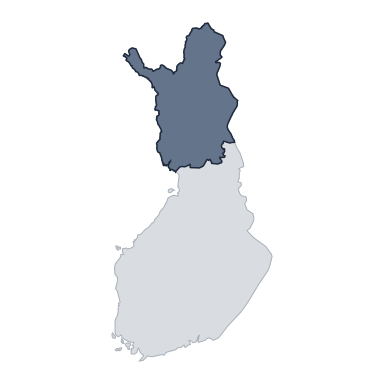 Finland, with Lapland highlighted
{"feature_id": "FIN-3176", "entity_name": "Lapland", "entity_type": "Province", "adm_level": 1, "iso_a3": "FIN", "parent_name": "Finland", "parent_adm1": "", "projection": "orthographic", "projection_center": [25.412, 67.834], "detail": "fine", "context": "in_parent", "style": "filled", "palette": "slate", "viewbox_px": 384, "rotation_deg": 0, "n_neighbors": 0, "source": "natural_earth", "source_scale": "10m", "svg_char_len": 9388}
<svg xmlns="http://www.w3.org/2000/svg" viewBox="0 0 384 384"><path d="M162.9,164.6L161.6,158.5L159.9,153.2L157.8,151.8L157.2,149.7L156.9,145.5L157.4,142.2L159.6,139.1L160.1,134.8L161.4,131.4L160.9,129.1L157.6,122.7L157.2,120.7L157.1,117.2L159.1,114.2L158.7,111.0L155.2,109.7L155.4,107.8L156.4,104.6L156.0,101.9L156.2,96.0L158.0,93.4L156.0,91.3L154.2,87.5L152.5,87.2L151.6,83.2L148.8,79.4L138.6,73.9L132.6,67.9L129.5,63.1L126.5,60.3L126.4,57.9L123.4,55.7L124.1,54.7L126.6,54.8L128.6,56.0L129.4,54.7L128.8,51.2L129.0,50.3L131.5,48.5L135.3,48.7L142.9,63.0L144.0,67.5L151.8,69.4L152.7,70.5L154.8,70.3L159.5,68.3L161.4,65.3L163.1,65.6L174.3,72.6L176.1,71.1L177.1,66.9L178.0,65.1L179.3,63.7L181.9,62.9L184.0,59.5L184.1,49.8L185.1,47.0L186.9,37.5L190.2,33.2L192.6,28.8L195.1,28.1L199.5,28.9L204.6,24.2L207.9,23.5L214.2,31.1L222.8,35.6L225.4,42.1L224.5,44.7L220.3,52.2L220.3,54.1L222.0,57.2L215.7,61.4L216.2,62.5L219.7,62.8L220.2,64.2L217.1,73.5L217.1,75.2L220.2,84.9L228.5,88.6L231.1,92.9L237.4,101.1L237.1,105.1L229.3,120.6L227.5,124.9L227.4,127.5L233.3,139.0L236.6,147.3L240.1,153.2L243.4,163.0L243.7,166.5L238.7,168.7L240.2,170.5L239.2,173.7L239.3,178.2L238.0,181.2L238.4,182.0L240.9,182.5L241.3,184.5L241.2,185.7L238.7,188.1L238.6,190.5L240.2,194.4L241.5,195.7L245.6,196.7L246.3,197.8L246.6,200.6L244.9,203.6L245.0,204.7L247.1,209.8L252.9,213.7L253.7,216.8L253.8,218.9L253.7,220.7L250.0,228.2L247.0,230.7L253.8,237.8L265.9,246.6L271.5,254.4L272.1,256.7L269.3,267.4L268.1,270.4L259.6,282.9L247.4,303.0L241.0,311.9L228.2,325.5L218.8,337.7L213.4,340.3L209.2,337.8L207.1,338.5L205.1,340.3L198.3,342.4L198.0,340.4L199.4,335.3L198.8,335.4L197.6,337.8L197.0,340.6L195.8,342.0L192.9,342.7L190.2,340.5L188.9,340.5L190.3,343.8L190.2,344.8L188.7,344.7L185.7,347.3L185.0,347.3L184.0,345.1L180.7,347.5L177.6,347.9L175.8,349.7L166.6,352.2L164.0,355.3L162.3,354.5L152.0,356.8L147.7,356.0L142.9,360.5L139.3,361.0L143.2,356.3L143.4,354.7L141.5,353.8L140.1,352.1L138.9,348.4L138.2,348.1L136.8,352.6L134.3,354.1L131.3,354.0L131.0,351.9L131.6,350.1L131.1,349.8L131.6,348.3L133.2,348.3L133.6,347.5L133.7,346.6L132.4,345.7L133.8,342.5L128.5,341.6L122.1,337.8L121.4,334.9L118.2,336.8L115.5,334.4L115.1,333.1L115.0,322.2L115.5,319.2L117.3,315.7L118.1,312.1L118.4,305.4L119.3,305.5L118.4,303.2L119.9,302.7L120.1,302.0L117.3,291.1L115.5,288.6L117.5,281.0L117.4,279.2L117.3,277.0L115.0,274.5L114.5,267.6L115.4,263.8L120.5,257.2L120.9,254.5L123.6,254.4L122.5,251.9L122.4,248.9L126.2,248.0L127.6,249.0L131.0,248.1L134.1,246.1L133.1,241.8L134.7,241.7L134.2,240.7L134.4,239.7L135.5,240.2L137.5,237.3L137.7,235.1L141.0,234.1L145.0,229.7L148.5,227.3L152.2,222.9L153.7,222.7L154.6,219.7L158.6,215.2L160.1,211.5L163.8,207.3L167.5,200.0L168.0,197.9L173.4,195.2L178.2,196.0L178.1,194.2L177.4,193.0L179.4,191.1L179.0,188.2L177.8,186.7L179.1,175.6L177.7,173.4L172.2,169.6L169.9,169.2L168.7,166.3L169.4,163.0L166.3,165.5L162.9,164.6ZM126.2,343.0L130.0,343.2L130.9,344.9L129.2,346.0L129.0,347.3L129.8,349.4L128.1,349.3L127.1,346.9L125.3,345.2L126.2,343.0ZM172.1,191.7L170.0,192.8L168.3,192.1L168.3,189.9L171.3,188.5L174.2,190.1L172.7,190.5L172.1,191.7ZM117.9,246.2L117.7,248.0L119.8,246.8L120.6,247.4L120.4,249.0L119.7,248.6L117.9,250.3L116.5,248.7L115.7,246.0L117.9,246.2ZM115.6,336.6L115.2,338.2L113.0,338.1L112.2,336.5L111.9,334.0L112.8,332.9L113.3,334.3L115.6,336.6ZM124.1,343.5L122.9,343.6L121.3,341.9L121.1,341.2L121.8,340.9L121.6,339.0L122.8,340.1L123.5,341.3L122.7,341.6L124.1,343.5ZM121.1,349.8L119.4,350.8L118.8,350.5L119.0,348.6L120.0,347.8L121.7,347.8L121.1,349.8ZM117.6,350.6L116.2,350.9L115.3,349.9L116.8,348.5L117.9,348.6L118.0,349.6L117.6,350.6Z" fill="#d9dde1" stroke="#a8b0b8" stroke-width="1"/><path d="M207.6,23.0L208.0,23.2L208.4,23.7L209.0,25.2L211.3,28.9L211.6,29.1L213.8,30.0L213.8,31.1L214.1,31.8L214.6,32.1L222.7,35.6L222.9,35.9L223.7,38.4L225.6,42.3L224.4,45.3L220.5,50.9L220.4,51.3L220.2,54.5L220.3,55.0L220.4,55.4L221.9,57.0L220.5,58.5L219.2,59.2L216.2,61.6L215.7,61.6L215.7,62.2L215.9,62.6L216.1,62.7L218.5,62.4L219.5,62.5L220.4,63.5L219.9,66.0L219.6,67.1L216.9,73.4L216.7,73.8L216.7,74.3L216.9,75.1L219.9,84.4L220.3,85.1L220.7,85.4L227.9,88.0L228.4,88.3L228.8,88.8L232.9,96.2L233.7,97.2L237.7,100.5L237.3,101.3L237.3,104.3L237.1,105.8L236.9,106.4L232.4,113.7L232.3,114.0L232.1,114.9L231.4,115.9L227.6,124.2L227.2,127.0L227.8,129.3L231.2,134.3L231.8,136.1L232.2,136.7L232.3,137.3L232.5,137.9L234.2,140.3L234.4,140.9L234.6,142.3L231.5,142.5L230.3,143.0L229.7,143.0L223.8,141.2L223.2,141.6L223.2,141.8L223.1,143.1L223.1,143.5L222.9,143.7L222.3,143.8L221.8,144.5L221.6,145.2L221.5,145.9L221.6,147.1L222.0,147.8L222.5,148.3L223.1,148.6L223.1,149.0L223.7,148.7L224.2,148.7L224.4,148.8L224.4,149.1L224.6,149.3L224.3,150.4L224.3,150.5L224.7,150.9L224.7,151.2L224.2,152.0L224.1,152.7L223.6,153.0L222.9,153.1L222.8,153.4L223.0,153.9L223.3,154.5L223.2,154.8L224.0,155.5L224.9,155.8L224.9,156.5L224.7,157.0L223.9,157.5L222.2,157.3L220.7,157.8L220.4,157.7L220.4,157.4L220.0,157.3L220.2,158.2L219.9,158.4L221.6,160.6L221.9,161.5L221.8,162.0L221.4,162.7L220.8,163.0L219.5,163.2L218.3,163.9L217.7,164.0L211.8,163.4L211.9,163.0L211.5,162.5L211.2,161.8L210.6,160.3L210.0,159.4L209.5,159.5L209.1,160.1L208.9,160.4L208.6,160.3L207.2,159.5L206.8,159.9L203.8,165.2L202.9,166.3L199.4,167.9L190.5,167.6L190.2,167.4L190.1,166.9L190.2,164.6L189.7,164.5L186.3,166.3L184.7,166.8L181.3,166.5L179.7,167.1L177.0,170.0L175.6,171.9L175.5,171.4L175.4,171.1L175.2,171.0L174.8,171.1L174.4,170.7L173.5,170.8L172.9,169.9L172.4,169.6L171.9,169.5L171.4,169.6L170.9,169.9L170.4,170.4L170.1,170.5L169.9,170.4L169.9,170.1L169.8,168.5L168.9,167.9L168.7,167.7L168.3,166.7L168.3,166.1L168.4,165.3L168.6,164.6L169.4,162.9L169.6,162.3L170.0,161.9L170.3,161.8L170.5,161.7L170.5,161.2L170.3,161.5L169.6,161.9L169.3,162.0L169.2,162.7L168.8,163.1L168.2,164.6L167.9,165.0L167.0,165.0L166.7,165.2L166.6,165.7L166.3,165.9L165.7,165.6L165.1,164.8L164.6,164.5L164.1,164.1L164.2,164.5L164.2,165.0L164.1,165.5L163.9,165.7L163.6,165.5L163.4,165.2L163.1,164.3L163.1,163.5L162.6,162.5L162.3,161.2L161.7,159.9L161.7,158.7L161.3,156.6L160.7,155.7L159.9,153.2L159.6,152.8L158.3,152.3L157.8,151.8L157.5,151.2L157.0,149.6L156.9,148.7L156.8,148.0L156.7,147.6L157.0,146.5L157.0,146.0L156.9,144.6L156.6,144.0L156.6,143.6L156.7,142.9L157.1,142.4L157.8,142.0L157.8,141.4L158.6,141.0L158.8,140.6L158.9,140.3L159.9,139.5L160.0,139.0L160.0,138.4L159.9,137.2L160.2,136.1L160.2,135.4L160.2,134.8L160.1,133.5L160.1,133.3L160.6,132.6L160.8,132.0L161.4,131.9L161.6,131.8L161.6,131.5L161.1,129.7L160.8,128.8L160.0,127.6L159.3,125.9L159.0,125.4L158.4,125.0L158.1,124.5L157.6,123.1L157.5,121.8L156.5,119.9L156.4,119.2L156.7,118.7L157.0,117.9L156.7,117.8L156.7,117.5L156.7,116.9L156.8,116.4L157.1,116.1L158.6,115.4L158.9,114.9L159.3,113.9L158.8,113.6L158.8,112.8L159.0,111.9L159.1,111.1L158.9,110.9L157.8,110.6L156.9,110.0L155.4,110.2L155.0,109.7L154.9,108.8L155.1,108.2L155.4,107.6L155.6,107.0L155.5,106.6L156.3,105.9L156.5,105.5L156.5,104.7L156.4,104.2L156.2,103.3L156.0,101.5L155.9,101.0L155.8,100.5L155.9,98.6L155.8,97.1L155.9,96.3L156.2,95.8L156.6,95.4L157.5,95.1L157.9,94.8L158.2,94.1L158.3,93.6L158.0,93.1L157.2,92.8L156.1,91.3L154.9,90.1L154.3,87.6L154.1,87.0L153.6,87.0L152.6,87.7L152.3,87.7L152.1,87.4L152.1,87.1L152.3,85.8L152.3,85.5L152.2,85.3L152.3,84.5L152.1,84.0L151.6,83.2L151.4,82.9L151.3,82.1L151.1,81.8L149.4,80.5L149.0,80.0L148.6,78.8L148.3,78.5L147.5,78.8L146.9,77.7L146.5,77.3L145.9,77.4L145.4,77.0L144.9,76.9L144.1,76.4L143.1,76.3L143.1,76.2L143.1,75.9L142.3,75.5L139.5,75.4L139.1,75.0L139.1,74.4L138.8,74.0L138.3,73.0L137.8,72.2L135.6,71.5L135.4,70.4L134.8,69.9L133.8,68.7L132.9,68.4L132.5,68.0L132.1,66.6L132.0,65.9L131.8,65.7L130.8,65.6L130.7,65.2L130.5,64.9L129.9,63.5L128.3,61.7L126.4,60.7L126.1,60.3L126.2,59.6L126.6,59.4L126.8,58.9L126.9,58.3L126.6,57.8L126.1,57.6L125.3,56.7L123.9,56.4L123.4,55.8L124.6,53.8L125.0,53.6L128.2,56.0L128.7,56.1L129.0,55.9L129.8,54.5L128.6,51.3L129.2,49.8L129.4,49.5L132.1,47.9L135.8,48.8L136.1,49.1L139.8,57.6L141.4,59.6L141.5,60.0L141.6,60.8L141.8,61.2L142.6,62.9L143.5,63.8L143.7,64.1L143.8,67.1L143.9,67.8L144.2,67.9L145.6,67.4L145.9,67.4L146.2,67.5L149.2,69.2L151.2,69.0L151.8,69.2L152.1,69.5L153.0,71.2L153.3,71.3L156.8,69.2L158.7,68.9L159.8,68.3L160.3,67.0L160.5,65.5L161.3,65.0L162.3,65.0L164.6,66.4L165.0,67.1L165.3,67.5L167.0,68.7L171.0,70.1L172.1,71.1L173.0,72.5L173.3,73.6L173.5,73.8L173.9,73.8L174.1,73.3L174.4,72.2L174.8,71.9L175.1,71.9L175.9,71.3L176.4,71.1L176.6,70.8L176.8,70.1L176.6,69.8L176.6,69.6L176.8,69.2L176.8,67.7L176.8,66.9L177.0,66.3L177.5,65.3L179.7,63.3L180.2,63.0L180.8,62.9L182.3,63.4L182.6,63.3L182.8,63.0L183.3,61.6L183.7,61.0L183.8,60.7L183.9,60.3L184.0,59.9L184.5,59.4L184.6,58.9L184.6,58.7L184.2,58.1L184.2,57.7L184.0,57.2L184.1,56.4L184.1,55.3L184.2,54.9L184.2,54.7L183.8,52.8L183.8,51.9L184.2,49.3L184.4,48.8L185.4,46.9L185.0,45.3L185.3,44.5L185.5,44.1L185.5,43.3L185.5,42.9L185.7,42.5L185.5,41.9L185.6,41.5L186.3,41.0L186.6,40.4L186.8,39.7L186.8,38.9L186.5,38.2L186.3,37.9L186.3,37.5L186.5,36.8L186.8,36.3L187.1,36.1L189.0,35.4L189.8,34.0L190.3,32.8L191.5,31.4L191.8,30.7L191.6,30.1L192.1,29.3L192.3,28.7L192.7,28.4L194.7,28.1L195.4,28.3L196.5,27.9L196.8,28.0L197.5,28.5L198.1,28.4L199.0,29.0L201.5,28.1L202.0,27.4L201.6,27.1L201.8,26.8L202.3,26.6L203.0,25.6L204.3,24.9L204.4,24.3L204.8,23.6L205.4,23.4L206.8,23.6L207.6,23.0Z" fill="#64748b" stroke="#1e293b" stroke-width="1.5"/></svg>